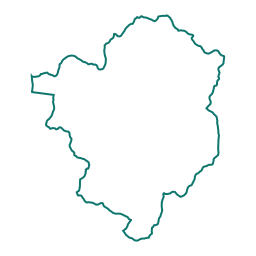 outline of Julcan, La Libertad, Peru
{"feature_id": "86281439B76947314697902", "entity_name": "Julcan", "entity_type": "district", "adm_level": 2, "iso_a3": "PER", "parent_name": "Peru", "parent_adm1": "La Libertad", "projection": "natural_earth1", "projection_center": [-78.495, -8.189], "detail": "fine", "context": "isolated", "style": "outline", "palette": "teal", "viewbox_px": 256, "rotation_deg": 0, "n_neighbors": 0, "source": "geoboundaries", "source_scale": "gbopen_adm2", "svg_char_len": 5709}
<svg xmlns="http://www.w3.org/2000/svg" viewBox="0 0 256 256"><path d="M166.6,15.4L166.1,15.8L165.5,15.9L162.6,15.8L158.5,16.5L158.0,17.3L157.8,18.3L157.1,19.3L155.5,20.9L154.7,21.1L153.4,20.8L151.6,19.7L149.1,18.8L146.6,17.7L143.6,17.3L141.5,16.2L141.2,16.3L139.8,17.5L139.1,17.9L138.7,17.9L137.6,17.2L136.8,17.3L136.3,18.1L135.3,18.7L134.6,19.4L134.2,21.1L133.0,23.4L132.6,23.8L131.3,23.9L130.5,24.2L129.2,25.0L126.6,27.5L125.4,28.9L124.5,30.8L123.8,31.8L121.1,35.6L120.6,36.1L120.0,36.3L118.8,36.4L118.0,36.2L117.4,36.0L116.9,35.2L116.0,34.4L114.2,33.9L114.0,34.2L113.9,35.8L113.5,37.1L113.0,37.9L111.9,38.9L111.1,39.2L110.7,39.5L109.3,42.0L108.6,42.7L107.8,43.1L106.8,43.4L106.2,43.7L105.2,44.8L104.7,45.2L104.6,45.6L104.8,46.5L104.5,49.2L104.2,50.5L104.6,53.9L105.1,56.2L105.9,58.8L105.6,63.4L105.0,65.1L103.3,68.5L102.1,69.2L100.3,69.5L99.1,69.4L98.4,68.9L97.8,68.1L97.1,66.0L96.6,65.3L95.7,64.7L94.9,64.5L93.7,64.7L93.3,64.6L92.2,63.8L91.7,63.8L90.6,63.8L89.2,64.2L88.7,64.3L88.1,64.1L87.1,63.2L85.3,62.3L84.7,62.1L83.9,62.1L82.4,61.3L81.2,60.3L76.9,57.9L76.0,56.9L75.3,56.4L74.1,55.9L72.5,55.6L70.9,55.6L68.6,56.1L67.4,56.6L64.7,58.5L62.7,60.2L62.1,61.1L61.6,62.3L61.0,63.3L60.6,63.6L59.7,64.1L59.5,65.3L59.5,67.2L58.4,70.1L57.5,73.8L56.4,75.4L55.4,76.1L54.3,76.3L52.5,75.2L51.1,75.0L50.3,74.4L49.1,74.3L47.1,72.6L46.6,72.6L45.0,73.1L43.5,73.3L42.1,74.0L40.9,74.0L40.6,74.3L40.3,75.0L39.8,75.6L38.9,76.1L36.4,76.7L32.8,76.9L32.2,76.6L31.8,76.1L32.0,79.7L32.7,84.4L32.8,85.5L32.4,88.9L32.2,89.9L32.0,91.8L32.1,92.1L53.7,94.9L53.2,97.8L53.5,99.3L53.4,100.4L53.0,102.0L53.9,105.6L54.2,108.2L54.1,109.1L52.7,112.5L51.9,115.1L51.2,116.4L49.1,119.0L48.0,119.8L47.3,120.5L46.8,121.4L46.5,122.3L46.5,123.2L46.0,124.1L46.0,124.4L46.1,124.8L46.4,125.6L47.7,126.6L49.0,127.2L49.3,127.5L49.8,128.5L50.7,128.7L52.4,128.1L53.8,128.1L55.2,128.5L55.9,129.2L56.6,129.3L57.6,128.9L58.3,128.5L59.0,127.6L59.6,127.4L60.4,127.4L61.5,127.9L62.7,129.2L64.3,130.7L66.7,131.4L68.6,131.7L69.3,132.6L69.5,133.2L69.7,135.6L70.1,136.9L71.4,138.7L71.5,139.1L71.3,140.4L70.5,142.9L69.7,144.8L69.6,145.9L69.8,146.8L71.1,149.1L71.8,150.5L74.0,152.3L74.2,152.7L74.4,153.1L74.2,155.0L74.6,155.4L76.1,156.1L76.8,157.0L77.8,157.6L80.8,158.1L82.0,158.6L84.1,159.1L84.8,159.5L86.2,160.7L87.4,161.3L88.6,162.4L88.7,162.7L88.8,163.6L89.2,164.5L89.2,165.4L88.4,168.2L88.1,168.6L87.7,168.5L87.2,168.5L86.6,169.1L85.8,169.6L86.0,171.0L85.6,171.5L85.5,172.1L85.7,172.8L85.7,173.2L85.0,174.8L84.8,175.7L83.5,177.2L81.3,178.8L80.2,179.3L80.0,181.4L79.9,185.0L80.0,185.8L79.6,187.5L79.6,188.5L79.3,189.7L79.1,190.4L78.7,191.0L76.9,192.0L76.7,192.4L77.3,193.8L77.8,195.2L78.1,195.5L78.6,195.5L79.3,195.4L80.3,195.4L81.2,195.7L81.5,195.9L82.7,197.9L83.7,199.0L84.5,200.6L86.1,202.3L87.0,202.5L87.4,202.3L88.8,202.2L90.6,202.5L92.1,202.6L94.5,203.6L95.4,204.3L96.3,204.7L98.4,204.4L100.5,203.2L102.2,203.0L102.6,203.2L102.9,203.7L103.4,205.1L104.2,206.4L107.4,208.4L108.8,209.5L109.8,210.6L111.5,211.6L112.7,212.7L113.3,213.0L115.6,213.7L120.1,213.7L121.6,214.2L123.4,215.0L124.2,215.5L125.8,216.2L127.8,217.3L128.1,217.7L128.8,218.9L129.8,219.5L131.0,219.9L131.0,220.1L128.2,223.9L127.8,224.7L127.5,225.9L127.2,226.6L126.1,228.6L124.8,229.4L123.8,230.5L123.2,230.8L123.6,231.4L125.4,233.9L126.0,235.0L127.4,235.9L128.7,237.2L129.6,237.7L131.7,238.2L132.6,238.7L134.2,240.0L134.7,240.3L135.6,240.5L137.4,240.6L138.2,240.4L139.4,239.5L140.7,238.9L142.4,238.6L144.4,238.5L146.8,237.9L148.9,237.6L149.0,237.1L149.3,236.3L149.8,235.4L150.9,234.3L151.8,233.8L151.9,233.5L152.0,233.1L151.7,231.6L152.0,227.8L153.1,227.0L153.8,225.6L154.4,225.1L155.8,225.1L157.1,224.5L157.8,224.0L158.2,222.9L158.9,218.8L159.3,217.8L160.3,216.6L160.6,215.5L161.0,214.2L161.7,212.4L162.2,210.5L161.7,206.4L161.7,204.7L161.8,202.3L162.7,199.1L163.5,197.5L163.6,195.7L163.3,194.1L163.5,193.5L163.7,193.3L164.5,193.4L165.3,193.9L167.1,194.1L170.3,193.4L172.0,192.0L172.9,191.8L174.5,191.8L175.1,192.1L176.7,194.1L177.3,194.7L180.4,196.7L180.7,196.8L181.1,196.7L182.5,196.1L184.2,195.2L185.9,193.5L186.6,192.2L187.2,189.4L188.2,187.0L189.3,186.0L191.5,185.2L192.1,184.2L194.6,179.1L194.9,176.7L195.7,174.7L196.6,173.8L198.1,173.3L198.7,172.8L199.6,171.7L200.4,171.4L201.5,170.5L202.7,167.9L203.5,166.9L204.5,166.5L206.5,166.1L208.6,164.9L212.1,164.6L212.7,164.0L213.0,163.1L213.5,161.1L213.6,159.4L214.0,158.5L217.4,155.7L218.1,154.9L218.4,153.6L218.5,152.0L218.2,150.2L218.2,146.9L218.5,139.7L218.9,135.8L218.8,134.5L218.4,133.5L218.3,129.8L218.0,128.6L217.8,125.9L217.2,123.7L217.3,120.4L216.7,117.5L216.4,116.5L213.9,114.1L212.7,112.5L210.2,111.1L209.1,110.7L208.3,110.1L206.5,108.3L207.8,106.6L210.5,103.9L210.7,103.1L210.7,102.3L210.6,101.4L209.7,99.2L209.4,97.5L209.7,96.4L210.6,95.3L212.1,93.8L212.9,92.1L213.4,90.1L214.1,86.6L214.4,86.1L214.8,85.8L216.1,85.7L216.8,85.0L217.0,84.4L217.0,83.0L217.2,81.6L217.4,80.9L217.6,80.5L218.8,79.4L219.1,78.3L219.1,78.0L218.5,77.2L218.4,76.3L219.5,72.8L219.5,72.4L219.2,71.8L218.5,70.0L218.4,68.7L218.7,67.7L219.3,67.0L220.2,66.5L222.5,64.7L223.4,63.5L224.2,56.7L224.0,56.2L223.5,56.0L221.3,55.2L220.7,54.7L219.2,52.8L218.4,51.3L217.9,50.8L216.6,50.4L215.1,50.4L213.8,50.6L213.0,51.3L211.6,52.2L208.7,53.6L207.4,53.5L205.6,52.9L204.7,52.4L204.1,51.9L203.5,50.2L202.5,49.3L201.9,48.1L201.3,47.1L200.4,46.2L198.7,45.9L196.3,44.6L195.3,43.9L193.2,40.8L192.4,39.9L191.9,39.1L191.7,38.0L193.2,36.1L193.2,35.5L193.0,35.2L191.9,34.7L189.3,34.3L188.6,34.0L187.2,33.0L186.5,32.1L184.4,30.8L182.3,30.6L181.4,30.3L180.3,30.4L178.7,30.7L178.3,30.6L178.0,30.2L177.6,29.2L175.4,28.0L174.6,26.8L174.0,26.4L172.8,23.8L172.6,22.4L171.7,20.8L171.5,20.0L170.5,18.8L170.2,18.0L168.0,16.0L166.6,15.4Z" fill="none" stroke="#0f766e" stroke-width="2"/></svg>